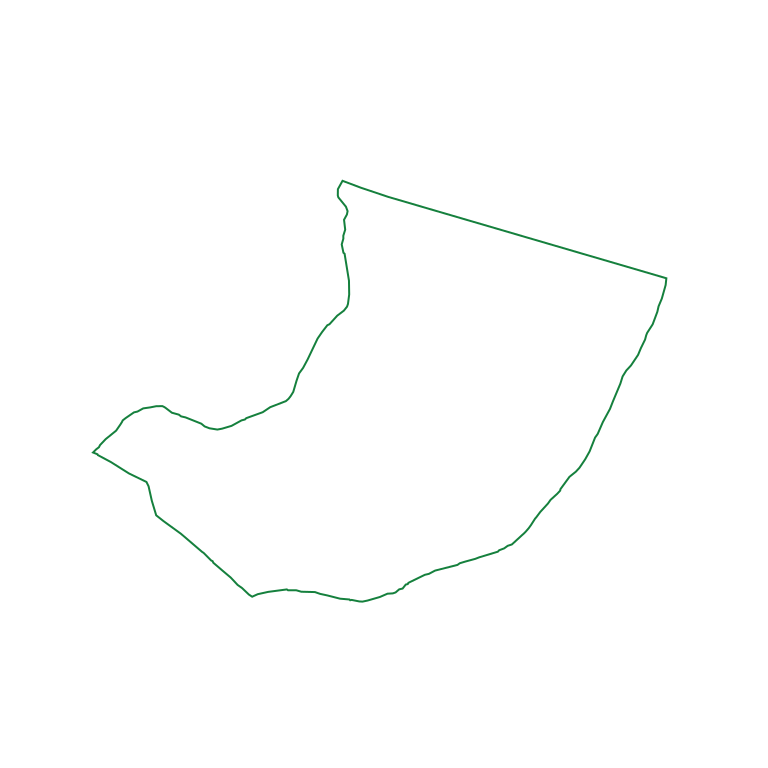 Cuilco, Huehuetenango, Guatemala, rotated 77°
{"feature_id": "79465075B28423402187553", "entity_name": "Cuilco", "entity_type": "district", "adm_level": 2, "iso_a3": "GTM", "parent_name": "Guatemala", "parent_adm1": "Huehuetenango", "projection": "albers", "projection_center": [-91.949, 15.456], "detail": "fine", "context": "isolated", "style": "outline", "palette": "green", "viewbox_px": 768, "rotation_deg": 77, "n_neighbors": 0, "source": "geoboundaries", "source_scale": "gbopen_adm2", "svg_char_len": 2201}
<svg xmlns="http://www.w3.org/2000/svg" viewBox="0 0 768 768"><g transform="rotate(77 384 384)"><path d="M561.6,560.3L560.4,554.3L560.5,543.6L562.3,524.9L563.4,523.9L565.3,515.8L567.8,511.3L571.2,498.1L574.1,493.5L577.3,486.7L583.3,475.1L586.2,466.1L587.1,465.6L587.1,464.1L590.3,457.0L591.2,453.9L591.3,448.8L590.6,435.9L589.1,427.8L590.0,422.5L589.7,419.6L587.5,415.4L587.5,411.9L584.3,407.9L584.3,405.9L583.2,404.9L579.1,387.1L579.1,383.0L577.3,376.2L576.8,353.1L575.7,350.5L575.3,344.6L574.9,334.4L574.3,330.2L573.0,310.8L571.9,309.2L571.2,303.9L569.5,299.9L569.1,295.5L562.2,283.3L561.3,281.6L560.0,279.5L557.1,275.5L554.4,272.4L553.4,271.4L549.1,267.0L548.2,265.7L543.8,260.5L537.4,251.2L534.3,247.7L531.0,241.8L530.0,240.0L527.5,236.3L526.2,235.8L516.1,224.1L512.6,216.8L509.6,212.4L504.4,206.8L502.5,204.8L495.9,198.8L483.7,190.4L480.7,187.0L470.3,179.3L459.1,169.4L452.5,164.9L436.8,153.6L430.3,149.8L425.3,144.8L423.9,142.7L421.5,139.2L412.8,129.9L406.8,125.6L399.4,119.6L395.6,117.6L393.4,116.1L386.3,108.8L375.1,101.4L370.1,99.0L363.3,94.1L350.9,87.3L344.5,85.1L202.7,337.7L187.6,362.3L176.7,378.7L183.8,385.1L189.9,386.6L191.9,386.5L202.7,381.2L207.4,380.6L210.5,382.0L215.0,386.0L224.9,387.1L230.4,390.3L233.2,390.9L238.5,393.8L247.0,394.0L248.2,393.1L275.5,394.9L289.0,397.8L297.9,401.1L300.3,402.6L303.5,406.6L306.9,414.2L313.5,423.7L314.0,426.0L319.4,432.6L324.8,438.5L342.9,452.9L350.1,459.2L354.6,464.4L361.0,468.4L371.3,474.2L374.9,477.8L377.0,480.4L378.6,483.4L381.0,500.1L384.2,508.5L386.3,525.9L387.3,527.5L387.4,531.0L390.5,542.0L391.1,551.8L390.9,556.6L387.9,564.0L385.0,568.3L381.6,570.9L376.6,578.1L371.9,584.9L369.9,589.0L367.7,590.8L364.3,597.1L357.9,602.4L357.0,603.3L355.7,604.9L354.4,611.0L354.2,617.1L353.6,624.1L355.4,630.4L355.4,634.0L359.1,643.4L360.7,646.8L361.9,647.7L364.1,649.9L369.2,655.5L375.1,667.6L379.6,674.4L381.5,676.0L382.9,679.1L385.3,682.9L388.0,679.0L388.9,678.8L398.5,667.8L413.8,652.6L426.0,637.5L430.7,636.4L445.5,636.5L460.7,635.5L468.1,629.6L484.2,615.6L506.8,598.9L507.9,597.8L517.1,592.1L518.0,590.9L519.8,590.5L529.7,583.2L538.1,576.9L546.9,571.8L550.9,568.2L558.8,563.0L561.6,560.3Z" fill="none" stroke="#15803d" stroke-width="2"/></g></svg>